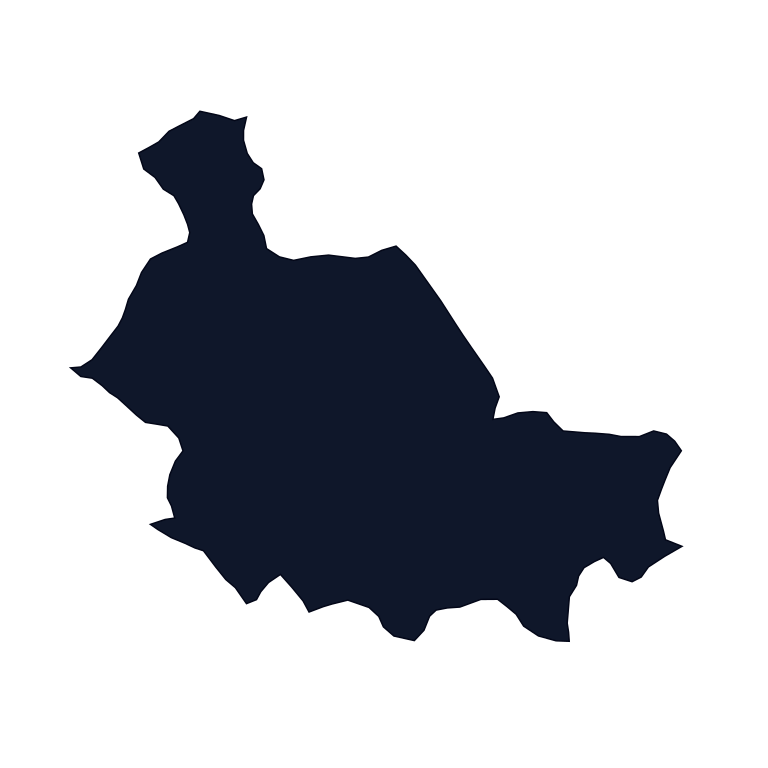 Pindorama, São Paulo, Brazil (Mercator projection), rotated 96°
{"feature_id": "56859067B36647216978895", "entity_name": "Pindorama", "entity_type": "district", "adm_level": 2, "iso_a3": "BRA", "parent_name": "Brazil", "parent_adm1": "São Paulo", "projection": "mercator", "projection_center": [-48.915, -21.203], "detail": "fine", "context": "isolated", "style": "filled", "palette": "ink", "viewbox_px": 768, "rotation_deg": 96, "n_neighbors": 0, "source": "geoboundaries", "source_scale": "gbopen_adm2", "svg_char_len": 2090}
<svg xmlns="http://www.w3.org/2000/svg" viewBox="0 0 768 768"><g transform="rotate(96 384 384)"><path d="M620.5,172.9L611.5,174.5L602.7,176.8L576.2,177.4L564.1,171.5L554.7,170.4L545.8,165.9L538.6,156.2L533.5,147.6L538.8,139.8L551.8,130.1L554.7,116.6L549.1,108.0L538.3,101.9L526.0,86.8L514.3,70.7L509.5,87.8L501.1,90.7L483.7,97.4L471.1,99.9L459.4,97.0L449.9,94.4L437.3,90.7L419.3,81.3L410.5,88.9L404.3,97.8L402.5,110.9L409.6,124.5L411.5,142.7L410.5,154.7L410.9,169.0L411.5,179.0L412.0,201.0L403.9,211.2L395.5,219.2L395.9,233.0L398.8,247.9L405.2,261.4L407.8,272.0L396.4,271.0L384.7,268.1L366.8,276.7L356.0,285.8L339.0,300.5L327.3,310.5L317.0,318.9L295.4,336.2L262.5,365.2L253.5,375.8L245.6,386.4L251.3,400.2L259.4,412.8L262.1,425.7L261.9,435.9L261.6,452.6L265.2,470.1L270.5,486.8L268.5,501.3L261.6,515.0L248.9,519.0L238.5,525.6L228.6,532.7L218.9,534.5L210.3,533.5L202.8,527.6L193.5,524.7L182.7,528.2L177.6,537.2L169.0,544.1L156.3,549.2L146.5,550.2L132.9,548.6L137.7,560.2L134.2,575.9L132.0,595.6L140.0,601.1L148.5,614.2L155.1,624.2L166.8,633.3L173.4,642.5L179.9,652.1L195.3,645.4L202.5,633.3L213.3,623.8L218.7,612.6L226.2,607.1L236.7,600.7L245.6,596.1L253.7,593.0L263.6,594.2L269.1,603.6L277.1,618.7L284.1,629.3L298.4,636.8L311.9,640.5L326.4,647.0L337.1,649.0L345.6,651.1L354.2,654.5L364.1,660.6L377.6,668.8L390.4,676.9L398.8,687.3L400.7,697.3L408.2,686.3L408.7,674.7L415.1,664.1L421.3,656.0L425.5,647.6L432.1,638.6L440.9,626.8L447.1,617.2L447.7,605.6L448.4,594.6L459.2,582.4L471.5,576.9L482.5,583.4L496.6,587.5L508.3,588.5L519.8,587.5L527.5,582.6L539.2,578.1L541.6,587.5L548.0,601.6L552.4,593.6L559.0,579.5L563.2,565.3L566.8,554.9L568.7,546.1L583.7,532.1L595.0,520.9L602.1,510.5L616.8,497.8L611.8,488.3L603.4,484.8L593.5,478.1L584.2,467.1L595.6,454.6L608.2,441.8L618.6,434.7L611.8,421.2L608.2,412.6L602.7,397.4L607.8,375.5L615.7,364.9L625.6,359.2L633.6,347.8L636.0,327.0L624.7,318.5L610.2,314.4L603.4,308.5L600.1,297.7L597.9,285.2L588.1,265.2L586.2,248.5L592.6,238.3L599.2,228.5L610.2,219.8L618.4,204.1L621.4,186.1L620.5,172.9Z" fill="#0f172a" stroke="#020617" stroke-width="1.5"/></g></svg>